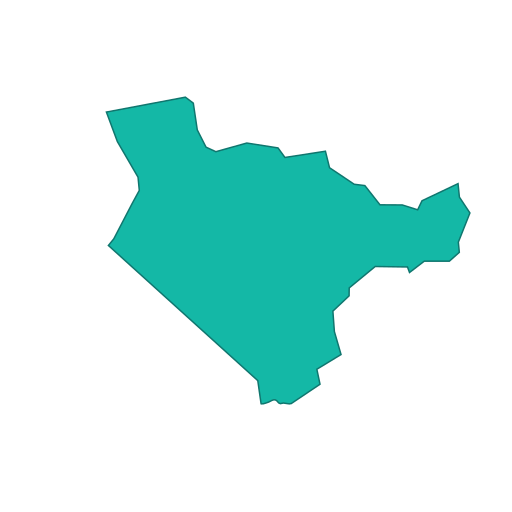 Habersham, Georgia, United States of America (Robinson projection), rotated 110°
{"feature_id": "52423323B73188542913517", "entity_name": "Habersham", "entity_type": "district", "adm_level": 2, "iso_a3": "USA", "parent_name": "United States of America", "parent_adm1": "Georgia", "projection": "robinson", "projection_center": [-83.51, 34.629], "detail": "fine", "context": "isolated", "style": "filled", "palette": "teal", "viewbox_px": 512, "rotation_deg": 110, "n_neighbors": 0, "source": "geoboundaries", "source_scale": "gbopen_adm2", "svg_char_len": 860}
<svg xmlns="http://www.w3.org/2000/svg" viewBox="0 0 512 512"><g transform="rotate(110 256 256)"><path d="M296.6,398.3L372.5,211.7L393.1,200.7L393.1,200.4L392.3,198.5L390.7,196.3L388.9,194.1L386.3,191.7L385.1,190.2L384.6,188.7L384.9,187.0L386.3,184.4L386.4,182.6L384.8,180.0L383.8,175.2L383.5,174.0L382.6,172.5L382.6,172.4L354.6,152.0L341.6,160.1L319.5,142.4L300.2,156.5L281.5,164.9L261.6,154.9L254.1,157.5L225.1,140.4L214.5,109.9L219.0,106.1L203.3,96.1L194.7,72.5L183.0,66.2L173.8,70.6L142.4,69.7L131.1,85.0L118.9,90.9L147.3,118.9L157.3,119.9L158.0,136.0L165.5,157.0L152.6,177.8L155.0,188.3L147.9,217.1L133.8,226.6L153.5,262.5L146.9,272.3L153.0,303.3L171.7,329.4L170.8,340.2L157.6,354.3L133.8,367.2L130.9,376.7L171.9,445.8L195.9,425.4L222.3,393.8L234.3,388.1L249.6,390.4L288.5,395.5L296.6,398.3Z" fill="#14b8a6" stroke="#0f766e" stroke-width="1.5"/></g></svg>